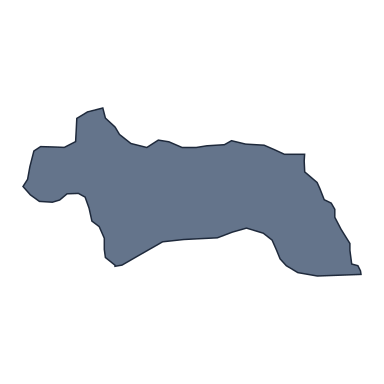 the district of Aneby, Jönköping, Sweden
{"feature_id": "70781695B68897114765136", "entity_name": "Aneby", "entity_type": "district", "adm_level": 2, "iso_a3": "SWE", "parent_name": "Sweden", "parent_adm1": "Jönköping", "projection": "equal_earth", "projection_center": [14.809, 57.898], "detail": "fine", "context": "isolated", "style": "filled", "palette": "slate", "viewbox_px": 384, "rotation_deg": 0, "n_neighbors": 0, "source": "geoboundaries", "source_scale": "gbopen_adm2", "svg_char_len": 1011}
<svg xmlns="http://www.w3.org/2000/svg" viewBox="0 0 384 384"><path d="M102.8,108.0L87.5,111.9L76.8,118.4L76.2,130.7L75.6,141.6L64.3,147.4L54.2,147.0L40.6,146.6L33.9,151.0L29.9,166.6L27.6,179.3L23.0,186.5L30.4,194.9L39.4,201.4L52.4,202.2L59.7,200.0L67.1,193.8L78.4,193.4L85.1,197.1L89.1,208.3L91.9,221.1L99.2,226.6L104.3,238.2L104.3,249.5L105.4,257.5L115.0,265.2L115.0,266.3L122.0,265.1L139.7,254.9L162.6,241.8L183.8,239.5L217.4,237.8L232.4,232.1L246.5,228.1L263.3,233.2L272.1,240.1L276.6,250.3L280.1,258.9L286.3,265.7L288.8,267.2L297.8,272.6L317.3,276.0L361.0,274.4L360.5,270.9L357.9,265.7L351.7,264.0L349.9,250.3L349.9,243.5L341.0,229.2L334.8,217.3L334.8,209.3L331.2,203.1L324.2,199.7L319.9,188.7L317.1,182.5L304.7,171.9L304.2,161.1L304.6,154.3L284.4,154.3L274.7,149.8L264.1,145.2L245.6,144.1L231.5,140.7L224.4,144.7L206.8,145.8L196.2,147.5L182.1,147.5L168.9,141.8L158.3,140.1L146.8,147.5L130.9,143.5L119.5,134.5L115.1,127.1L105.4,118.1L102.8,108.0Z" fill="#64748b" stroke="#1e293b" stroke-width="1.5"/></svg>